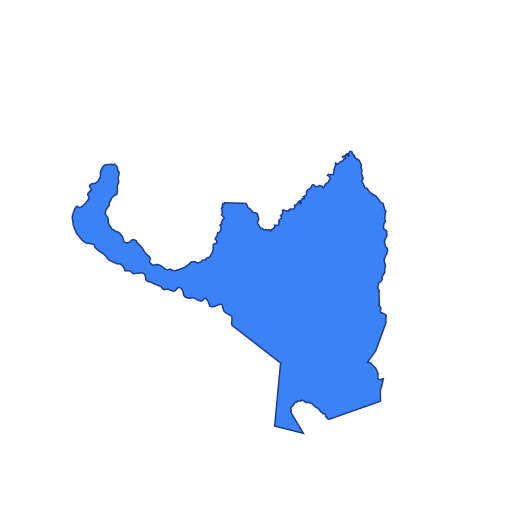 Riachão, Maranhão, Brazil, rotated 120°
{"feature_id": "56859067B63630891842305", "entity_name": "Riachão", "entity_type": "district", "adm_level": 2, "iso_a3": "BRA", "parent_name": "Brazil", "parent_adm1": "Maranhão", "projection": "mercator", "projection_center": [-46.708, -7.747], "detail": "fine", "context": "isolated", "style": "filled", "palette": "blue", "viewbox_px": 512, "rotation_deg": 120, "n_neighbors": 0, "source": "geoboundaries", "source_scale": "gbopen_adm2", "svg_char_len": 6149}
<svg xmlns="http://www.w3.org/2000/svg" viewBox="0 0 512 512"><g transform="rotate(120 256 256)"><path d="M247.1,424.3L248.6,425.9L248.8,427.0L252.4,432.1L254.3,433.1L256.9,433.3L261.0,432.8L264.5,430.7L267.7,430.2L270.2,430.3L271.7,430.7L273.4,431.6L275.9,434.6L277.9,435.4L278.9,435.1L280.6,432.0L281.4,431.5L283.4,432.4L285.8,432.8L287.2,432.3L287.7,431.2L288.9,429.7L290.1,429.4L291.8,429.5L293.6,429.9L295.7,430.0L299.2,431.1L300.9,431.9L302.7,433.7L302.3,435.6L302.8,436.3L306.5,436.4L312.1,435.3L314.5,434.4L320.7,429.6L326.0,422.9L329.3,414.4L329.6,412.0L329.6,409.2L328.0,405.4L327.2,402.8L327.2,401.9L329.1,399.6L329.4,398.5L330.1,395.1L330.4,389.3L331.6,385.0L332.7,382.6L333.0,380.6L332.2,372.4L330.9,369.7L330.9,368.2L331.7,365.1L334.2,362.3L334.0,361.4L332.3,358.7L332.0,357.6L332.2,355.6L332.8,353.8L332.4,352.6L330.9,351.3L329.0,348.2L327.9,347.2L327.5,346.0L327.5,343.3L328.6,342.0L331.6,339.5L332.3,337.6L331.2,333.9L330.9,329.6L330.0,323.2L331.4,319.3L328.8,316.0L327.9,310.1L327.0,308.9L322.5,307.6L321.7,307.0L321.4,306.0L321.8,303.7L322.5,302.4L326.2,298.8L326.9,297.1L326.9,295.4L325.6,292.1L324.6,291.1L323.3,289.0L323.2,283.6L322.5,281.0L321.7,280.3L319.5,279.7L317.8,278.7L317.8,277.7L319.3,274.7L321.0,272.6L322.6,271.1L322.1,268.8L320.4,266.6L316.8,264.0L315.1,261.8L315.4,260.9L319.4,256.7L320.0,255.5L320.3,253.5L320.1,247.8L320.6,246.7L323.0,245.0L326.3,243.6L328.0,242.1L336.1,183.2L336.2,181.3L394.0,154.8L385.9,126.3L373.6,148.3L372.7,148.0L371.8,148.4L371.3,149.4L370.0,150.0L365.8,148.8L365.0,149.2L362.8,148.7L362.0,147.5L360.9,147.6L359.0,144.6L357.9,144.3L357.5,142.0L358.0,139.4L356.5,137.3L355.8,133.2L356.3,132.1L357.2,128.4L356.9,127.5L357.1,125.1L358.7,121.9L358.4,120.3L359.2,119.5L358.2,117.3L358.8,116.5L360.3,115.4L360.4,114.0L361.2,112.6L360.9,111.1L319.5,75.6L310.3,81.1L306.2,82.0L298.7,84.3L299.1,85.0L300.9,86.3L301.4,87.6L301.3,88.8L300.2,89.8L296.7,91.6L293.3,96.3L292.1,101.0L291.2,103.3L291.6,104.9L292.5,106.4L278.3,104.9L248.2,110.2L247.8,111.1L246.0,111.7L244.4,112.9L243.5,112.9L242.5,113.5L242.1,114.2L242.0,115.1L242.2,118.4L242.7,119.3L241.5,120.8L239.7,121.2L238.0,122.5L237.6,125.0L236.7,124.9L233.9,126.3L229.1,129.5L224.3,132.1L223.1,134.6L219.9,135.5L218.4,136.3L215.7,135.2L214.2,135.0L213.1,135.1L211.4,136.2L210.2,136.4L205.9,136.2L203.3,137.9L200.9,138.5L199.2,139.4L195.6,143.1L190.4,143.9L189.0,143.7L187.6,144.5L185.6,144.6L183.7,146.3L182.8,149.2L180.6,150.7L179.6,152.0L178.2,152.0L177.3,152.6L176.2,152.4L175.2,152.8L173.6,152.6L173.0,153.1L172.0,153.2L170.8,154.5L169.5,154.8L168.7,156.2L168.9,157.0L168.4,159.1L167.4,159.9L164.1,161.4L161.1,161.1L159.8,162.8L155.1,165.3L152.3,165.8L152.0,167.1L147.9,171.3L147.2,171.8L146.9,175.5L145.7,177.9L145.0,180.4L144.1,181.8L144.2,185.2L143.8,187.0L144.2,188.4L143.0,191.6L142.0,193.2L142.0,194.3L142.5,195.2L142.4,195.9L141.2,197.2L140.9,198.0L139.9,198.9L139.5,200.2L137.4,202.0L136.0,201.8L134.5,202.5L134.1,203.7L132.9,204.6L132.3,205.5L129.2,207.0L127.4,208.3L126.6,209.8L125.6,209.7L124.0,210.8L121.6,214.5L121.4,217.0L121.7,218.7L120.9,219.2L120.6,220.8L119.7,221.1L119.5,222.6L118.8,224.1L118.0,224.7L118.0,225.9L118.5,227.1L120.5,226.7L121.6,227.8L122.2,226.1L123.0,225.8L123.5,227.1L122.7,228.4L123.6,229.0L124.7,228.9L125.8,230.1L126.8,230.7L127.2,230.0L125.5,228.9L126.7,227.1L127.6,228.1L131.1,228.7L131.6,229.9L135.1,230.8L135.9,231.6L135.6,232.3L135.7,233.6L136.9,233.1L138.3,231.9L139.2,232.3L140.3,231.9L141.8,231.8L143.9,230.6L146.4,230.1L147.4,230.1L149.0,234.0L150.3,234.5L150.7,231.9L152.2,230.4L153.2,229.9L154.2,230.6L155.4,230.2L156.5,230.4L157.9,231.5L158.8,231.6L159.5,231.2L160.5,232.0L162.6,231.3L163.3,232.2L162.6,233.8L163.1,236.2L165.2,237.6L166.3,239.2L165.5,241.3L165.7,242.1L166.4,242.7L167.6,243.0L169.4,242.4L173.1,244.4L175.4,244.4L177.1,243.1L178.0,242.8L180.8,244.6L181.3,243.2L182.4,242.8L182.7,244.4L185.5,244.9L186.3,245.6L187.5,245.6L188.9,246.6L191.2,246.4L192.3,247.7L193.1,248.0L194.5,246.5L196.6,247.0L198.2,249.8L199.6,250.6L200.2,250.1L201.3,250.7L201.3,252.0L202.1,253.0L202.2,254.9L203.1,256.0L205.5,254.4L206.5,254.1L208.8,254.9L209.6,253.4L210.3,252.8L212.9,253.9L214.2,253.9L215.1,253.0L216.1,252.8L216.7,252.0L218.3,252.0L220.0,255.3L220.7,254.5L221.9,254.3L224.5,255.1L225.5,255.9L226.9,255.7L226.7,257.7L228.0,259.4L228.0,260.6L228.8,261.2L229.2,262.3L229.1,264.0L229.5,265.5L229.3,266.7L227.0,270.8L225.2,271.9L223.4,271.8L222.7,272.1L218.9,275.8L218.6,276.8L219.7,280.4L218.3,284.3L218.0,287.6L215.8,290.0L215.6,291.2L225.7,310.1L227.1,309.6L227.8,310.0L227.6,310.9L229.8,310.2L230.2,309.1L231.2,309.7L232.2,309.7L232.6,308.6L234.5,307.8L235.3,306.5L237.6,306.4L238.9,302.7L239.6,302.3L241.7,303.3L242.8,302.6L244.5,302.7L245.3,301.5L246.8,302.6L247.7,302.3L248.2,300.8L251.8,299.3L253.8,299.7L255.0,300.8L258.2,299.8L261.2,300.1L261.9,299.7L262.3,297.6L264.7,296.6L266.5,298.3L267.4,298.6L268.1,298.5L272.4,296.1L275.2,295.5L277.7,295.8L279.1,295.4L281.2,296.3L282.7,297.9L283.7,297.9L285.0,298.3L286.5,300.5L287.7,300.4L290.3,302.0L290.7,302.9L291.4,303.3L291.5,306.6L294.1,309.6L295.3,309.4L298.7,310.8L300.4,311.8L301.7,312.1L304.0,314.3L306.2,315.8L307.0,316.9L309.2,318.4L310.3,321.5L310.3,323.9L312.5,325.9L312.8,328.1L312.2,331.0L312.0,333.9L312.4,336.8L313.3,337.6L313.6,338.8L314.5,339.3L315.4,340.5L315.5,341.5L315.1,343.6L314.4,345.4L311.6,346.2L310.5,347.0L309.5,348.8L309.6,350.1L308.7,353.6L306.2,358.0L304.6,362.4L303.8,365.8L302.7,367.3L302.8,369.5L303.4,370.7L304.3,371.6L305.9,372.0L307.0,372.0L308.9,374.1L309.9,375.9L309.2,378.0L306.0,381.3L304.6,384.8L304.1,387.0L304.8,389.3L304.5,391.2L304.8,393.6L304.6,394.7L303.7,395.8L302.9,398.1L300.7,400.8L297.7,402.6L295.5,406.2L295.0,407.7L294.0,408.3L293.2,408.2L291.2,409.2L288.5,408.6L287.7,408.8L286.3,408.4L285.3,408.5L282.8,410.0L281.0,409.5L278.6,410.0L276.3,409.7L273.9,408.7L273.2,407.9L272.1,407.4L269.5,408.2L264.7,411.3L261.0,411.7L259.8,412.2L258.9,413.5L257.9,414.3L255.6,415.1L254.4,415.2L252.1,416.3L251.3,417.4L250.8,418.9L249.3,419.7L248.4,420.6L247.1,424.3ZM187.5,245.6L186.8,243.8L187.7,243.1L188.7,243.7L187.5,245.6Z" fill="#3b82f6" stroke="#1e3a8a" stroke-width="1.5"/></g></svg>